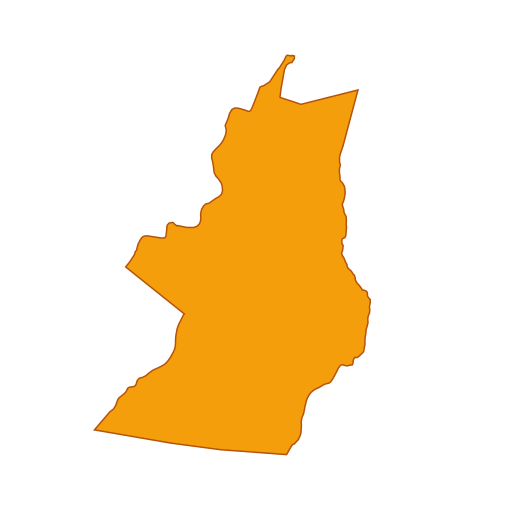 outline of Delcer, Soufrière, Saint Lucia, rotated 12°
{"feature_id": "8701671B85169170830121", "entity_name": "Delcer", "entity_type": "district", "adm_level": 2, "iso_a3": "LCA", "parent_name": "Saint Lucia", "parent_adm1": "Soufrière", "projection": "equal_earth", "projection_center": [-61.057, 13.802], "detail": "fine", "context": "isolated", "style": "filled", "palette": "amber", "viewbox_px": 512, "rotation_deg": 12, "n_neighbors": 0, "source": "geoboundaries", "source_scale": "gbopen_adm2", "svg_char_len": 6145}
<svg xmlns="http://www.w3.org/2000/svg" viewBox="0 0 512 512"><g transform="rotate(12 256 256)"><path d="M252.0,52.4L249.5,52.3L249.2,52.9L244.9,53.1L243.9,54.2L242.9,58.8L239.7,67.2L238.8,68.4L237.2,72.4L233.3,82.6L230.0,86.0L227.8,88.1L226.0,88.9L224.7,90.2L223.8,96.9L222.8,103.2L221.4,111.3L220.6,114.5L219.7,115.7L218.7,116.1L214.1,115.5L208.0,115.1L204.4,115.7L201.9,117.8L200.5,122.0L200.2,126.4L199.9,128.7L198.7,134.8L200.1,137.5L200.9,139.8L201.0,142.5L200.9,144.6L200.0,149.2L198.8,152.5L197.6,154.8L193.7,160.9L192.4,163.2L191.6,166.0L192.3,169.5L193.8,172.4L195.9,177.7L197.7,183.1L200.2,186.2L202.9,188.1L206.9,191.9L208.5,195.0L209.7,199.2L209.4,202.8L207.4,205.7L204.5,208.2L199.1,214.1L196.1,215.5L194.4,217.8L193.1,221.6L193.0,226.0L194.1,230.2L194.4,232.5L194.2,235.4L193.6,237.1L191.9,239.4L188.9,241.1L186.1,241.7L181.9,242.5L173.0,242.5L172.5,243.0L169.9,241.9L168.2,240.6L167.1,240.6L164.1,241.9L162.9,244.0L162.7,245.7L163.4,250.7L163.8,255.1L163.2,257.0L160.4,258.0L154.2,258.4L145.3,258.9L143.3,259.5L141.4,260.5L140.3,262.2L139.1,265.3L138.1,269.3L137.9,275.4L137.1,276.6L136.8,280.0L135.1,284.4L133.4,288.6L130.8,293.8L198.0,327.6L197.1,329.0L196.9,330.2L196.6,331.6L195.9,333.9L195.7,335.1L195.1,337.0L194.8,338.4L194.3,340.9L194.1,342.5L194.0,343.8L194.0,344.7L194.1,347.5L194.2,350.6L194.4,352.3L194.8,355.0L195.1,356.7L195.5,358.4L195.7,360.8L195.8,362.5L195.7,364.3L195.6,364.9L195.3,366.1L195.0,367.5L194.6,368.7L194.0,370.8L193.6,372.3L192.5,374.9L191.8,376.6L190.9,378.3L190.0,379.7L189.0,381.0L187.2,382.8L184.4,385.0L178.8,389.2L177.0,391.2L174.9,393.6L173.5,395.6L172.2,396.8L170.3,398.3L168.5,399.1L167.1,400.1L166.6,400.9L166.0,402.0L165.7,402.6L165.5,404.6L165.5,405.6L165.2,407.1L164.9,407.8L164.1,408.8L162.5,409.6L161.1,410.0L160.3,410.3L159.3,410.8L158.7,411.2L158.3,411.6L157.9,412.5L157.6,413.9L157.1,415.7L155.9,417.8L154.9,419.2L152.0,422.6L151.5,423.3L151.1,424.1L150.7,425.3L150.5,426.4L150.3,427.5L150.3,428.3L149.7,431.9L148.4,435.3L145.5,438.7L134.1,459.7L212.0,456.7L261.9,452.8L327.2,443.9L328.3,440.4L328.7,439.1L329.1,437.7L329.7,436.3L329.9,435.4L330.3,434.4L331.0,432.7L331.8,432.3L332.4,432.0L332.8,431.5L333.4,430.3L335.1,427.6L335.5,426.9L335.8,426.0L335.9,425.5L336.1,424.5L336.2,424.1L336.2,423.6L336.5,422.6L336.6,421.7L336.7,420.8L336.7,419.5L336.5,418.1L336.4,417.3L336.0,414.4L335.7,412.5L335.5,411.6L335.2,410.7L334.7,408.7L334.6,408.2L334.6,406.6L334.5,405.5L334.5,405.0L334.6,404.1L335.1,401.7L335.3,400.7L335.3,400.3L335.3,399.3L335.3,397.9L335.3,396.4L335.2,391.7L335.3,391.2L335.3,389.9L335.3,389.4L335.3,387.9L335.5,386.4L335.6,385.5L335.7,384.6L336.0,383.6L336.7,381.3L337.2,380.0L338.0,378.4L338.5,377.6L339.0,377.0L339.2,376.6L341.7,373.9L342.1,373.6L342.7,373.2L344.0,372.3L344.9,371.5L346.6,370.1L348.1,368.6L349.7,367.3L350.4,366.8L352.9,365.6L353.6,365.3L354.5,364.5L354.7,364.2L355.2,363.5L355.4,363.1L355.8,362.3L356.1,361.4L356.3,361.0L357.1,358.8L357.8,356.4L358.1,355.2L358.4,354.3L358.9,352.5L359.0,352.0L359.2,351.1L359.5,350.2L359.6,349.6L359.8,348.7L360.6,346.9L361.3,345.7L361.5,345.4L361.8,345.1L362.1,344.8L362.9,344.5L363.6,344.5L364.5,344.5L365.6,344.6L367.1,344.6L367.8,344.5L368.5,344.3L368.8,344.2L369.2,344.0L369.9,343.6L370.6,343.2L371.0,343.1L371.4,342.9L371.7,342.8L372.3,342.7L372.7,342.6L372.9,342.3L373.1,340.7L373.1,340.0L373.0,338.6L372.9,338.1L372.8,337.6L373.0,336.7L373.3,335.8L373.6,334.9L373.9,334.5L374.3,334.5L375.1,334.6L375.5,334.5L375.8,334.4L376.2,334.1L376.8,333.5L377.4,332.9L378.4,331.5L379.2,330.2L380.1,329.0L381.0,327.4L381.1,326.8L381.2,326.3L381.0,324.1L381.0,320.7L380.8,319.3L380.7,318.8L380.5,317.9L380.4,317.4L380.2,316.5L380.1,315.7L379.6,312.6L379.6,310.8L379.6,309.6L379.5,308.6L379.2,306.8L379.2,306.4L379.1,305.5L379.1,304.1L379.2,302.7L379.3,301.9L379.3,300.5L379.3,300.0L379.4,299.5L379.4,298.6L379.4,297.9L379.3,297.5L379.2,297.0L378.9,296.2L378.8,295.7L378.4,294.2L378.3,293.7L378.3,293.3L378.3,292.2L378.3,290.9L378.5,290.0L378.8,288.6L378.8,287.8L378.8,287.3L378.7,286.9L378.6,285.7L378.4,284.8L377.7,282.6L377.5,281.7L377.4,281.2L377.5,278.5L377.4,278.1L377.4,277.6L377.3,277.1L377.1,276.7L377.0,276.2L376.9,275.2L376.7,274.7L376.4,274.5L375.7,274.2L375.1,273.7L373.7,272.4L373.5,272.0L373.3,271.6L373.2,271.1L372.8,269.7L372.7,269.3L372.2,268.5L372.0,268.0L371.3,267.6L370.6,267.3L369.8,267.1L369.1,267.0L368.7,267.0L367.6,267.2L367.2,267.1L366.9,267.0L366.6,266.7L366.4,266.3L366.1,265.9L364.9,264.9L364.3,264.3L364.0,264.0L362.0,262.5L361.0,261.8L360.6,261.6L360.3,261.4L360.1,261.0L359.6,260.4L359.3,260.0L359.0,259.8L358.7,259.5L358.5,259.1L358.2,258.8L357.9,258.5L357.6,256.7L356.9,255.6L356.7,255.2L356.5,254.8L356.2,254.5L355.9,254.1L354.9,253.6L354.6,253.3L354.0,252.7L353.7,252.4L353.1,251.8L352.5,251.1L351.9,250.7L350.9,250.2L349.9,249.6L349.1,249.2L348.8,249.0L348.6,248.7L348.1,248.0L347.7,247.8L347.5,247.5L347.2,247.1L346.9,245.7L346.7,245.3L346.4,245.0L345.3,243.8L345.0,243.5L344.7,243.1L344.4,242.7L343.8,241.7L342.4,239.6L342.1,239.3L341.4,238.7L340.3,237.4L340.0,237.0L339.7,236.7L339.3,236.0L339.2,235.4L339.5,232.9L339.5,231.9L339.1,227.8L338.9,227.4L338.3,226.8L337.9,226.4L337.4,225.7L337.2,225.2L337.1,224.7L336.9,223.8L336.7,222.8L336.7,222.3L336.8,221.8L337.0,221.3L337.2,221.0L337.5,220.7L337.8,220.4L338.5,220.0L338.8,219.7L339.1,219.3L339.3,219.0L339.5,218.6L339.5,217.7L339.5,217.2L339.4,215.4L339.3,214.5L339.0,213.0L339.0,212.6L338.8,211.2L338.8,210.7L338.7,210.3L338.6,209.3L338.4,208.4L337.7,206.7L337.5,205.7L337.1,203.3L337.0,202.9L336.9,202.0L336.3,199.8L336.2,199.4L336.0,198.9L335.5,198.1L334.1,196.5L333.3,195.4L333.1,195.0L332.5,193.6L332.4,193.1L332.1,192.2L331.5,191.1L331.2,190.7L331.0,190.3L330.7,189.9L329.6,187.3L330.2,184.5L330.4,180.7L330.2,176.6L329.9,175.0L328.8,171.3L328.1,170.1L327.9,169.3L326.5,167.8L325.4,166.6L323.3,165.2L322.2,163.7L321.7,161.0L320.1,156.7L319.5,153.4L319.5,149.1L318.1,146.7L317.7,144.1L317.2,142.7L317.2,138.8L317.8,133.7L318.3,129.9L318.3,128.9L321.2,72.4L268.4,98.3L246.5,95.9L245.7,87.3L245.1,67.6L246.1,62.9L248.6,60.1L250.9,59.3L252.5,55.1L252.0,52.4Z" fill="#f59e0b" stroke="#b45309" stroke-width="1.5"/></g></svg>